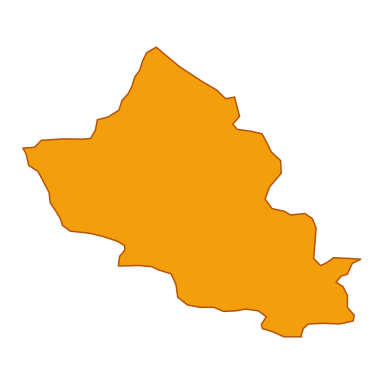 Lindesberg, Orebro, Sweden (Equal Earth projection)
{"feature_id": "70781695B98583425778893", "entity_name": "Lindesberg", "entity_type": "district", "adm_level": 2, "iso_a3": "SWE", "parent_name": "Sweden", "parent_adm1": "Orebro", "projection": "equal_earth", "projection_center": [15.383, 59.693], "detail": "fine", "context": "isolated", "style": "filled", "palette": "amber", "viewbox_px": 384, "rotation_deg": 0, "n_neighbors": 0, "source": "geoboundaries", "source_scale": "gbopen_adm2", "svg_char_len": 1322}
<svg xmlns="http://www.w3.org/2000/svg" viewBox="0 0 384 384"><path d="M156.2,47.2L146.7,52.6L142.7,60.8L139.5,70.7L134.8,76.9L132.0,86.3L128.0,93.9L122.0,100.5L118.9,110.2L108.1,117.0L97.4,119.7L95.4,130.1L90.6,138.4L83.1,139.1L63.6,138.9L41.4,140.3L34.6,147.2L23.0,148.2L26.2,154.2L28.7,165.4L29.1,165.7L38.0,171.4L42.3,179.5L49.1,192.6L50.3,203.0L55.2,210.1L60.2,218.4L62.6,225.5L70.1,231.1L90.0,233.3L102.4,236.3L117.3,241.2L124.7,245.7L124.7,250.2L119.7,256.2L118.5,264.1L118.5,266.0L139.0,265.5L151.6,266.7L159.4,270.2L171.0,273.8L175.9,284.3L177.8,297.3L187.5,305.0L200.2,307.3L213.8,307.3L223.5,311.4L235.2,310.9L245.9,309.1L258.5,310.9L266.3,316.8L261.4,324.4L262.4,328.6L272.2,331.5L283.8,336.8L301.1,336.8L300.8,336.5L303.3,328.6L308.3,324.0L323.2,323.3L339.4,324.0L353.1,321.0L354.3,315.3L347.4,307.4L347.4,295.3L343.0,286.7L336.2,282.2L341.1,276.1L347.3,274.3L352.3,263.4L360.5,259.4L361.0,259.2L349.8,258.5L333.6,257.7L326.8,262.6L320.6,265.6L313.7,258.5L316.1,228.1L312.4,218.7L304.9,213.5L290.6,215.0L284.4,211.3L272.0,208.6L265.1,198.9L269.5,187.0L277.3,177.9L281.2,173.2L280.6,160.6L271.3,152.0L266.3,141.6L262.0,133.8L250.8,131.2L237.2,129.4L232.8,124.2L239.6,116.4L234.5,97.0L234.1,97.3L225.5,98.6L216.9,90.2L200.7,80.6L179.1,66.4L156.2,47.2Z" fill="#f59e0b" stroke="#b45309" stroke-width="1.5"/></svg>